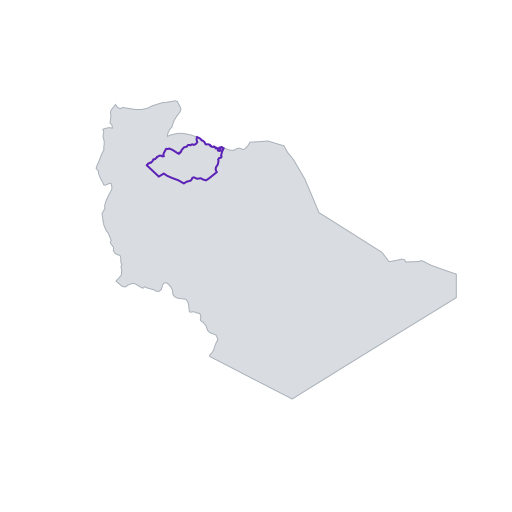 where Chari-Baguirmi sits in Chad, rotated 118°
{"feature_id": "TCD-5580", "entity_name": "Chari-Baguirmi", "entity_type": "Prefecture", "adm_level": 1, "iso_a3": "TCD", "parent_name": "Chad", "parent_adm1": "", "projection": "natural_earth1", "projection_center": [15.896, 11.139], "detail": "fine", "context": "in_parent", "style": "outline", "palette": "violet", "viewbox_px": 512, "rotation_deg": 118, "n_neighbors": 0, "source": "natural_earth", "source_scale": "10m", "svg_char_len": 6503}
<svg xmlns="http://www.w3.org/2000/svg" viewBox="0 0 512 512"><g transform="rotate(118 256 256)"><path d="M365.3,156.9L365.4,167.9L365.6,178.9L365.7,189.9L365.9,200.9L366.0,211.8L366.1,222.8L366.2,233.8L366.4,244.8L366.4,248.4L366.2,249.9L366.0,250.1L365.6,250.3L360.7,249.3L358.5,249.3L355.4,250.0L350.9,250.5L348.0,250.3L346.0,252.2L344.5,254.5L345.3,259.9L345.1,261.7L344.5,263.6L343.2,265.2L341.8,266.5L341.0,267.6L340.0,270.1L339.3,271.3L339.4,272.8L339.1,274.4L338.3,275.3L336.2,275.9L334.9,276.6L333.8,277.8L333.1,278.7L333.5,279.8L334.0,281.3L334.3,283.8L334.6,285.2L335.6,286.4L336.2,287.2L336.5,288.2L335.9,289.1L333.3,290.8L332.3,291.5L331.1,292.4L330.7,292.7L328.8,294.4L327.9,295.9L327.4,297.1L327.5,298.8L328.5,301.4L329.5,303.5L329.9,305.2L330.2,307.0L330.1,308.7L329.6,310.2L328.6,311.5L325.1,314.0L323.4,316.7L322.0,320.1L321.7,321.9L322.1,323.1L322.8,324.2L323.9,324.7L325.4,324.8L327.9,324.3L330.3,323.9L332.8,325.1L334.1,327.9L333.6,330.0L334.6,333.7L335.5,338.2L335.4,339.7L335.8,340.2L337.4,340.5L337.7,341.6L337.3,349.5L338.0,351.7L339.1,353.2L340.3,354.1L341.5,355.1L342.1,355.8L343.5,356.0L345.0,357.4L345.5,359.3L345.4,361.2L344.5,365.2L343.8,367.9L342.9,367.7L341.0,367.0L338.8,366.5L336.0,366.0L333.4,367.1L330.6,368.5L329.7,369.6L328.9,370.2L327.7,370.1L326.6,370.3L326.0,371.3L324.9,372.4L320.9,374.7L320.0,375.5L319.5,376.4L319.5,377.3L319.9,379.1L319.9,381.5L319.0,383.3L318.0,384.6L316.8,385.1L315.8,385.4L315.1,386.2L313.0,390.4L312.1,391.2L310.2,391.1L304.9,397.5L304.4,399.4L302.4,402.1L299.9,405.1L297.7,406.5L297.5,407.1L296.9,407.6L295.6,408.3L290.9,411.9L285.2,411.7L282.7,413.2L280.2,413.8L276.6,414.5L275.6,414.4L271.0,414.7L265.6,414.6L263.5,415.1L261.6,416.5L260.2,417.7L260.0,418.1L260.2,418.6L260.1,419.0L263.9,422.0L264.8,423.5L263.9,424.9L263.4,425.1L262.8,426.3L260.6,429.6L257.2,433.6L255.5,434.7L254.8,435.4L253.9,438.1L253.4,438.4L251.1,438.8L246.5,439.1L240.2,439.9L236.4,440.2L234.0,440.0L230.7,441.8L229.5,442.2L228.8,442.4L225.5,444.2L222.8,446.9L221.8,447.4L218.0,448.6L216.5,450.4L215.8,450.6L213.3,448.1L211.6,445.9L210.8,443.6L210.7,442.9L210.2,443.0L208.9,444.0L207.7,445.1L207.2,447.3L203.2,448.8L199.8,450.1L198.3,451.6L195.9,452.4L192.9,452.1L190.5,451.5L188.2,451.2L189.3,449.3L189.7,447.8L189.8,446.0L189.7,444.8L188.3,444.2L187.4,443.2L185.4,437.5L183.4,431.6L180.5,425.9L177.4,422.2L175.1,420.0L174.4,419.7L173.2,419.0L172.4,418.3L168.3,414.4L164.0,410.0L162.9,408.0L160.7,405.0L158.3,402.0L157.1,400.6L156.5,398.0L158.1,395.8L159.9,392.9L162.1,391.0L164.9,390.8L169.6,391.6L174.6,391.9L179.6,391.3L180.9,390.9L182.1,390.9L184.8,391.6L189.5,391.4L191.9,390.3L189.3,388.3L186.5,385.1L183.9,381.7L182.3,378.6L180.9,374.5L179.5,369.6L178.7,363.1L178.8,359.5L179.3,356.9L180.7,352.6L179.7,350.1L179.9,348.1L179.8,345.1L179.4,343.6L177.6,338.7L177.2,338.1L175.6,334.7L174.9,329.0L173.1,325.2L170.2,323.4L168.5,321.2L168.0,317.3L166.8,316.2L162.3,314.9L158.4,314.8L155.7,310.4L152.2,304.7L148.9,299.5L146.8,288.9L145.6,282.8L147.0,281.0L149.7,276.7L153.2,268.4L161.0,255.7L165.0,249.2L172.9,239.4L182.7,227.4L188.2,220.7L189.0,208.3L190.0,195.3L190.7,185.5L191.6,173.8L192.3,164.1L192.9,157.0L193.6,146.9L194.3,144.9L198.1,137.0L198.4,136.0L197.7,134.7L192.2,127.9L190.6,126.4L189.6,123.0L191.0,121.0L184.5,109.7L182.9,108.3L182.2,107.0L182.1,104.9L182.0,97.1L180.3,84.9L178.0,70.6L185.6,66.6L191.4,63.5L198.8,59.6L205.6,63.6L215.5,69.4L225.5,75.3L235.4,81.1L245.3,86.9L255.3,92.8L265.2,98.6L275.2,104.4L285.2,110.3L295.1,116.1L305.1,121.9L315.1,127.8L325.2,133.6L335.2,139.4L345.2,145.3L355.2,151.1L365.3,156.9Z" fill="#d9dde1" stroke="#a8b0b8" stroke-width="1"/><path d="M177.4,339.1L177.1,338.8L176.6,338.2L176.1,337.8L176.0,337.6L175.9,337.2L176.0,337.1L176.3,336.9L176.2,336.7L176.0,336.4L176.0,336.2L176.1,335.5L176.1,335.2L178.1,335.0L179.6,335.0L181.5,334.5L183.7,334.0L184.5,333.0L185.8,333.2L186.7,334.5L188.6,334.7L189.7,333.7L193.1,332.7L196.6,333.0L198.7,332.2L200.4,330.0L210.1,334.2L212.7,335.7L213.3,338.5L213.3,341.3L214.4,342.8L215.5,344.3L215.7,347.8L216.8,348.8L218.5,348.8L220.0,349.0L221.5,350.5L222.8,352.0L225.8,353.8L225.6,360.1L226.5,366.6L226.9,372.1L226.5,376.1L231.5,379.1L227.2,395.0L226.9,395.0L226.7,395.0L226.6,394.9L226.3,394.8L226.0,394.7L225.7,394.6L225.4,394.7L225.2,394.7L224.9,394.4L224.5,394.1L223.7,393.7L223.4,393.3L223.2,392.7L222.9,392.5L222.7,392.5L222.4,392.6L222.2,392.4L221.6,392.1L220.9,392.0L220.3,391.9L220.1,391.9L219.1,392.0L218.9,392.0L218.8,391.9L218.6,391.7L218.5,391.2L218.4,391.1L218.1,390.9L217.8,390.6L217.7,390.5L217.1,390.5L216.7,390.4L216.1,390.0L216.0,389.9L215.4,389.9L215.1,389.9L214.9,389.9L214.6,389.7L214.4,389.4L214.2,389.2L212.8,388.4L212.6,388.2L212.4,387.9L212.3,387.4L212.0,387.0L212.0,386.9L212.0,386.1L212.0,385.5L212.0,385.4L211.9,385.2L211.5,384.8L211.5,384.7L211.4,384.6L211.3,384.4L211.2,384.3L209.7,385.5L208.5,385.7L203.8,385.7L203.3,385.3L203.2,385.0L203.1,384.6L203.0,384.2L202.9,384.0L202.8,383.9L202.7,383.8L202.4,383.6L202.0,383.3L201.9,383.0L201.8,382.7L201.5,379.5L202.1,372.4L202.0,372.1L201.3,371.7L200.7,371.6L200.5,372.0L200.3,371.9L199.2,371.1L198.8,371.1L198.0,371.4L197.5,371.4L196.7,371.3L195.0,370.8L194.2,370.7L193.8,370.5L192.5,369.1L192.1,368.6L191.8,368.4L191.4,368.4L190.9,368.4L190.6,368.3L190.2,368.2L189.9,368.0L189.7,367.7L189.3,367.1L189.1,366.6L189.1,366.3L189.0,365.8L188.9,365.7L188.7,365.6L188.3,365.5L188.0,365.3L187.6,365.0L187.3,364.7L187.2,364.3L187.2,363.1L187.0,362.9L186.8,362.8L186.6,362.7L185.9,362.1L185.5,361.8L185.3,361.7L184.3,361.5L183.2,361.3L182.9,361.4L182.8,361.5L182.7,361.7L182.6,361.8L182.4,361.9L181.9,362.4L181.3,363.0L181.0,363.2L180.6,363.4L178.7,363.9L178.5,361.4L178.7,359.9L178.8,359.5L179.3,358.7L179.4,358.3L179.4,358.0L179.3,357.9L179.2,357.8L179.1,357.6L179.1,357.3L179.2,357.0L179.4,355.7L179.5,355.2L179.7,354.8L180.7,353.5L181.0,352.9L180.7,352.1L180.1,351.2L179.9,350.8L179.6,349.7L179.5,349.2L179.5,348.7L179.7,348.2L179.8,348.2L180.1,348.2L180.1,347.9L179.9,347.6L180.0,347.3L180.3,346.9L180.4,346.7L179.9,345.3L179.8,345.0L179.4,344.9L179.2,344.7L179.0,344.4L179.0,343.7L179.3,343.3L179.4,343.1L179.4,342.9L179.2,342.5L179.1,342.3L179.2,342.2L179.8,342.0L179.7,341.8L179.4,341.4L179.1,341.1L179.2,340.7L179.2,340.4L179.1,340.2L179.6,339.9L180.0,339.8L180.3,339.6L180.7,339.1L180.7,338.6L180.6,338.0L180.4,337.6L180.0,337.2L179.7,336.9L179.2,336.9L178.9,337.1L178.6,337.5L178.4,338.1L178.4,338.7L178.0,338.7L177.6,339.0L177.4,339.1Z" fill="none" stroke="#5b21b6" stroke-width="2"/></g></svg>